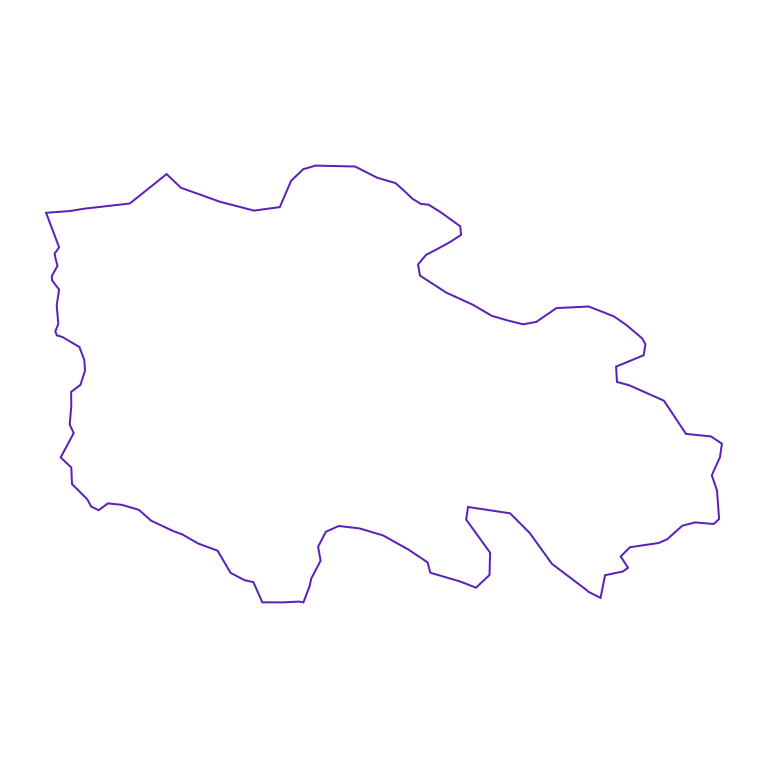 outline of Nkam, Littoral, Cameroon, rotated 90°
{"feature_id": "32672807B89475673783386", "entity_name": "Nkam", "entity_type": "district", "adm_level": 2, "iso_a3": "CMR", "parent_name": "Cameroon", "parent_adm1": "Littoral", "projection": "robinson", "projection_center": [10.192, 4.582], "detail": "fine", "context": "isolated", "style": "outline", "palette": "violet", "viewbox_px": 768, "rotation_deg": 90, "n_neighbors": 0, "source": "geoboundaries", "source_scale": "gbopen_adm2", "svg_char_len": 1787}
<svg xmlns="http://www.w3.org/2000/svg" viewBox="0 0 768 768"><g transform="rotate(90 384 384)"><path d="M597.9,167.5L583.7,164.6L575.2,162.9L571.5,145.1L567.7,140.0L556.5,147.3L547.2,138.0L543.0,109.3L539.1,100.6L525.7,85.7L522.4,72.8L524.0,54.4L519.0,48.9L490.5,51.0L475.3,56.2L457.1,48.0L443.7,46.1L436.4,57.1L433.9,82.0L400.7,104.1L385.2,139.0L382.0,151.0L366.6,151.9L355.2,124.3L344.1,122.6L338.4,125.9L336.8,127.7L324.9,141.8L316.5,153.9L306.5,179.3L308.1,211.6L321.9,231.7L324.3,244.9L323.3,248.9L320.4,260.6L315.8,276.3L305.0,294.7L292.6,321.8L275.6,348.0L264.5,350.0L254.8,341.9L250.0,332.5L241.7,317.4L234.8,306.9L226.3,307.8L212.4,327.1L204.7,339.3L203.9,347.2L198.5,355.9L190.8,363.8L183.1,372.5L177.7,390.9L166.5,413.0L165.6,452.4L169.2,464.8L180.8,476.9L207.1,488.2L210.6,514.0L201.8,547.9L187.8,587.0L174.1,601.4L203.5,638.2L208.7,683.9L211.0,697.8L212.8,721.9L219.5,719.4L225.8,717.0L247.3,708.9L253.6,713.4L259.2,712.3L265.9,710.5L276.0,716.2L280.4,715.9L289.6,708.9L305.4,711.3L324.0,709.7L331.4,712.7L335.4,711.1L337.0,705.6L347.0,688.6L359.9,683.7L370.7,683.0L384.9,687.6L391.9,696.9L405.8,696.7L424.5,698.3L433.1,694.3L451.6,704.2L457.5,707.3L467.5,696.7L484.0,696.0L499.3,680.7L506.5,676.9L510.2,669.4L503.4,660.1L504.8,646.3L509.8,629.2L514.8,623.5L520.6,617.0L531.3,594.3L534.2,586.1L535.8,583.3L543.5,569.9L550.7,550.4L572.9,537.4L580.1,523.6L582.2,514.6L602.3,505.7L602.4,486.0L601.6,469.1L602.4,464.6L594.5,461.6L586.3,458.4L578.7,456.8L560.7,447.4L546.8,449.9L531.8,442.2L527.4,432.4L526.0,429.2L528.4,408.5L535.4,385.0L549.5,359.7L562.4,340.4L572.7,337.7L581.4,308.1L587.7,292.0L575.0,278.5L552.7,277.9L519.6,301.8L507.0,300.0L513.3,257.9L533.1,238.2L563.8,216.1L589.9,181.6L591.6,179.9L597.9,167.5Z" fill="none" stroke="#5b21b6" stroke-width="2"/></g></svg>